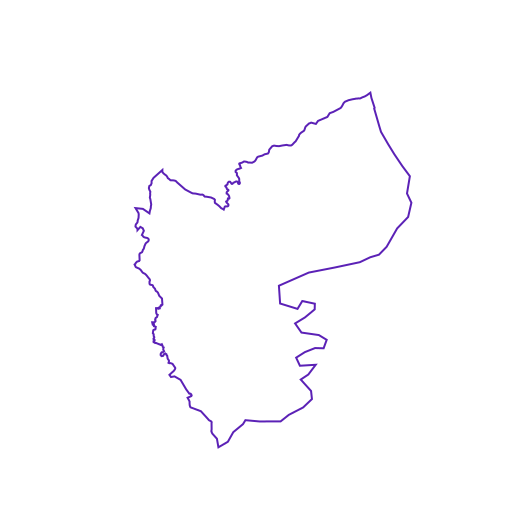 Effia Kwesimintsim Municipal, Western, Ghana, rotated 20°
{"feature_id": "2480657B49181902253284", "entity_name": "Effia Kwesimintsim Municipal", "entity_type": "district", "adm_level": 2, "iso_a3": "GHA", "parent_name": "Ghana", "parent_adm1": "Western", "projection": "mercator", "projection_center": [-1.811, 4.965], "detail": "fine", "context": "isolated", "style": "outline", "palette": "violet", "viewbox_px": 512, "rotation_deg": 20, "n_neighbors": 0, "source": "geoboundaries", "source_scale": "gbopen_adm2", "svg_char_len": 6127}
<svg xmlns="http://www.w3.org/2000/svg" viewBox="0 0 512 512"><g transform="rotate(20 256 256)"><path d="M132.6,260.4L132.7,263.2L133.0,264.2L133.1,265.1L132.4,267.0L132.3,268.1L132.7,269.6L134.5,270.5L135.1,270.9L135.5,271.4L135.8,272.2L137.4,268.2L140.1,268.7L142.0,270.7L141.6,275.3L142.0,275.4L143.4,276.3L144.2,276.6L145.5,276.6L147.3,276.3L147.8,276.3L148.7,276.5L149.2,276.8L149.6,277.3L149.7,277.6L149.8,278.4L149.7,279.0L149.5,279.5L149.1,280.0L148.1,281.7L148.0,282.1L147.8,285.0L148.0,286.6L148.0,287.8L147.6,289.0L147.7,290.3L147.6,291.4L147.2,291.9L146.2,292.9L145.9,293.7L145.9,294.3L146.1,295.0L148.1,299.8L148.0,300.1L147.9,300.7L146.2,301.9L145.9,302.5L145.4,303.6L145.4,304.4L144.8,305.5L146.7,307.4L147.2,307.6L150.5,307.8L152.4,308.5L154.6,310.0L155.1,310.3L155.7,310.5L157.6,310.7L158.5,311.0L159.9,311.7L162.4,313.3L163.7,314.0L164.2,314.4L164.6,314.9L164.8,315.6L164.6,316.2L164.8,316.9L165.3,318.2L165.9,319.0L166.7,319.1L168.4,318.8L169.0,318.9L169.2,319.1L169.7,319.6L169.9,320.1L172.2,321.3L172.7,321.8L173.1,322.4L173.6,322.9L174.1,323.2L174.4,323.2L175.3,323.4L176.4,324.0L178.7,326.5L180.4,327.3L182.2,328.1L184.7,333.7L184.2,334.7L183.6,334.6L183.4,334.8L183.3,335.1L183.6,335.6L183.6,336.2L182.6,337.4L183.4,338.2L182.3,339.0L181.5,339.0L181.1,338.7L179.9,339.2L181.8,343.8L183.1,345.0L183.8,345.0L183.8,347.3L182.9,348.5L182.9,349.9L183.2,350.1L183.3,350.4L183.2,350.7L183.5,351.3L183.8,351.4L183.9,351.7L183.1,353.4L182.4,353.3L181.1,353.8L182.3,355.6L182.8,354.9L183.3,355.0L183.7,355.5L184.1,356.8L184.6,356.6L186.1,356.9L186.1,357.5L186.2,358.0L186.5,358.6L186.5,359.1L186.5,359.4L185.1,360.4L184.9,360.7L184.9,361.2L185.5,363.9L186.6,364.5L187.2,366.2L187.9,366.7L188.2,367.2L188.3,367.5L187.9,368.5L188.1,369.1L188.5,369.2L189.0,369.3L189.5,369.6L189.6,370.1L188.8,371.1L189.3,372.0L190.2,371.8L191.0,372.3L191.9,371.9L193.5,372.0L194.7,372.0L195.2,372.1L195.8,371.9L196.0,371.9L196.6,372.2L197.1,372.1L197.3,371.6L197.7,371.1L199.0,372.4L199.2,373.0L199.4,373.2L199.7,373.4L200.5,373.5L200.5,374.4L200.9,375.8L202.2,376.9L201.2,378.5L200.3,378.8L199.9,380.3L200.2,381.6L200.7,381.8L201.4,382.4L202.0,381.9L202.6,381.9L202.9,381.5L203.1,380.4L203.1,379.8L203.6,379.3L204.0,378.6L204.8,378.9L205.3,378.9L205.8,379.7L206.1,379.9L206.4,379.9L206.6,380.0L208.1,382.7L208.4,382.9L209.8,383.9L210.0,384.1L210.3,385.0L210.3,386.3L211.2,386.4L212.3,385.9L214.4,385.9L214.6,386.0L215.8,386.9L218.2,388.6L218.4,388.8L218.6,389.4L218.5,390.5L218.1,391.9L217.7,392.8L217.2,393.6L215.3,397.3L217.5,398.8L220.6,397.0L227.5,398.2L236.0,405.2L240.2,408.0L240.5,408.2L241.3,407.8L241.7,407.8L242.4,408.2L242.6,408.3L243.0,408.8L242.9,409.1L243.1,409.2L243.0,409.5L243.1,409.8L240.2,412.6L242.6,414.7L243.4,415.6L243.9,417.0L244.7,418.8L245.7,420.2L246.3,420.6L257.3,420.7L267.0,425.8L267.6,426.2L268.1,426.4L270.3,426.7L270.9,427.0L271.3,427.6L271.3,428.0L273.6,434.1L273.8,435.3L274.0,435.6L274.0,435.9L274.2,436.0L274.3,436.2L274.8,437.0L276.0,438.0L281.8,441.1L286.1,448.6L293.1,440.2L294.9,429.3L298.6,423.0L301.3,418.4L302.2,413.9L315.8,410.3L335.7,403.0L341.2,394.0L352.1,382.2L357.5,371.3L353.9,364.0L340.3,356.8L345.7,349.5L349.3,337.8L334.8,344.1L328.5,337.8L334.8,329.6L343.0,322.3L351.1,319.6L351.1,310.6L342.1,308.8L324.9,312.4L315.8,306.0L323.0,297.0L329.4,286.1L327.6,280.7L314.9,282.5L313.1,291.5L294.9,292.4L287.7,276.1L311.3,253.5L333.9,239.9L355.7,226.3L363.8,218.1L371.1,212.7L375.6,202.7L379.2,181.8L385.6,167.3L383.8,152.8L376.5,145.6L373.3,128.4L362.8,121.5L351.1,113.0L341.9,105.7L331.0,96.6L327.4,91.8L316.6,77.0L316.8,76.2L310.4,68.0L307.6,63.4L305.3,66.9L303.6,68.9L301.7,70.5L300.1,72.2L299.3,72.6L298.2,72.9L297.4,73.4L296.1,73.9L295.4,74.4L293.1,75.7L289.6,78.0L288.8,78.8L286.9,80.5L286.5,81.3L286.0,82.5L285.7,85.1L285.2,87.3L284.8,88.1L279.3,94.2L276.4,96.6L275.5,100.9L268.1,107.8L267.1,111.4L262.2,111.8L261.1,112.9L260.5,113.3L258.5,117.2L258.3,118.2L258.4,121.0L258.2,122.0L256.2,124.7L255.4,126.3L255.1,127.4L255.3,128.4L254.0,134.8L253.4,135.8L252.0,139.1L251.1,140.2L248.9,140.9L246.8,141.1L243.2,143.0L240.1,144.9L237.8,145.6L235.2,146.1L233.7,147.3L232.1,151.5L232.5,153.7L232.5,154.4L232.2,155.6L229.3,157.5L227.6,159.5L224.1,161.9L223.5,162.6L223.3,163.1L222.8,166.3L222.6,166.9L222.0,168.0L220.6,169.5L220.4,169.7L217.3,170.6L216.7,170.9L215.2,170.7L213.5,171.0L212.4,171.3L211.9,171.9L211.2,172.8L210.4,173.5L208.8,174.6L208.7,175.2L209.4,175.9L209.9,176.1L210.7,177.4L211.8,178.4L210.5,179.7L209.9,180.0L208.5,181.2L208.0,182.0L207.8,182.5L207.7,183.1L208.2,184.1L209.4,184.4L209.6,184.6L210.1,185.5L210.3,186.5L210.6,186.8L213.1,188.5L213.6,189.0L213.9,189.4L214.5,191.1L215.1,192.0L215.6,192.4L215.9,192.9L215.9,193.5L215.7,194.0L215.4,194.2L214.4,194.0L214.1,193.4L213.6,192.9L213.0,192.6L212.5,192.5L211.6,192.9L210.3,194.4L209.7,194.8L209.2,196.2L208.7,196.5L208.4,196.5L206.8,195.4L206.3,195.1L205.2,195.4L204.8,196.0L204.5,196.8L204.5,197.7L204.7,198.5L204.4,199.0L203.8,199.8L203.3,200.3L203.2,200.6L203.4,201.1L204.8,201.7L205.3,202.5L205.8,203.0L206.1,203.1L206.6,203.1L207.4,203.3L207.6,203.6L207.6,204.1L206.9,205.2L206.7,206.0L206.8,206.9L207.1,207.4L207.7,207.4L208.8,207.8L210.2,208.9L211.2,210.5L211.3,210.8L211.1,211.3L210.0,211.5L210.0,212.4L210.3,213.0L210.3,213.8L209.3,215.0L209.9,215.7L212.3,216.9L212.5,217.2L212.7,217.5L212.8,218.3L212.6,218.8L212.1,219.2L211.3,219.5L210.5,219.7L210.2,219.9L209.8,220.3L209.8,223.4L209.1,223.2L207.0,223.0L204.6,221.8L202.4,221.0L199.2,220.1L198.6,218.9L198.3,217.8L198.1,217.2L197.1,216.7L193.7,216.4L189.3,217.2L187.5,217.7L186.8,217.4L185.9,216.8L184.7,216.6L182.8,217.4L178.0,218.0L175.1,218.8L173.7,218.7L166.7,217.7L156.9,213.9L154.8,212.9L152.8,213.1L149.7,214.1L148.1,213.4L146.5,213.0L145.9,212.3L144.3,211.1L142.5,210.6L140.8,210.0L139.3,209.1L138.6,207.2L133.0,217.6L132.2,221.2L133.0,223.4L132.9,225.3L131.8,226.7L132.1,228.8L133.0,230.1L134.7,231.7L135.1,233.4L135.7,234.7L136.3,237.5L137.2,238.6L139.9,243.4L140.3,245.6L140.7,246.8L140.8,248.0L140.8,249.6L141.3,252.4L133.6,250.4L126.4,252.2L130.9,255.8L131.6,257.1L132.6,260.4Z" fill="none" stroke="#5b21b6" stroke-width="2"/></g></svg>